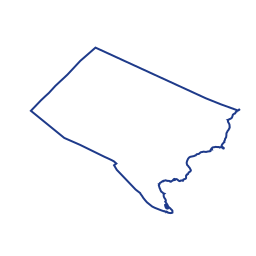 outline of Anoamaa West, Atua, Samoa, rotated 114°
{"feature_id": "51752279B84005486161321", "entity_name": "Anoamaa West", "entity_type": "district", "adm_level": 2, "iso_a3": "WSM", "parent_name": "Samoa", "parent_adm1": "Atua", "projection": "equal_earth", "projection_center": [-171.642, -13.913], "detail": "fine", "context": "isolated", "style": "outline", "palette": "blue", "viewbox_px": 256, "rotation_deg": 114, "n_neighbors": 0, "source": "geoboundaries", "source_scale": "gbopen_adm2", "svg_char_len": 2930}
<svg xmlns="http://www.w3.org/2000/svg" viewBox="0 0 256 256"><g transform="rotate(114 128 128)"><path d="M67.8,190.4L86.1,198.9L103.8,205.0L119.1,211.5L128.1,214.5L132.7,216.5L138.2,218.8L151.8,223.7L163.0,182.2L162.9,164.9L163.9,137.5L163.9,134.5L164.0,130.0L164.2,127.3L165.2,124.2L167.7,125.6L170.8,121.2L173.2,115.3L181.1,96.1L181.6,94.2L182.5,90.4L183.0,89.9L184.5,87.3L185.6,85.7L187.1,82.8L188.2,80.4L189.2,76.6L189.9,73.9L190.0,70.9L189.7,63.9L189.4,61.0L189.2,60.9L189.2,59.8L188.9,59.3L189.3,58.9L188.7,58.5L188.8,57.5L189.1,57.0L188.8,55.9L188.5,54.7L188.0,53.8L187.3,53.0L186.8,53.1L186.0,53.6L185.5,53.8L185.1,54.5L184.5,56.2L184.2,56.7L183.9,58.2L183.5,58.9L183.2,59.8L183.2,60.2L183.7,60.3L184.0,59.9L184.4,59.0L184.6,58.7L185.3,58.8L185.6,59.2L185.7,60.2L185.3,61.1L183.9,62.4L183.2,62.8L182.9,62.5L183.5,61.4L182.8,60.0L182.1,60.8L181.1,62.3L180.8,63.0L180.1,64.0L179.4,63.7L179.1,63.8L178.3,64.4L177.8,65.0L177.0,66.4L176.3,67.2L175.7,67.7L174.0,68.5L173.2,68.1L173.3,69.2L172.9,70.1L172.6,71.8L171.4,73.2L170.6,73.9L170.0,74.7L169.5,75.1L167.9,76.5L166.8,76.4L166.6,76.9L166.2,76.6L165.1,76.4L164.3,75.8L162.7,74.9L162.1,74.4L162.3,74.1L161.9,73.8L161.7,73.9L161.0,72.9L160.6,72.6L160.5,72.0L160.3,71.2L160.4,70.7L160.1,70.2L159.6,68.8L159.5,68.0L159.8,67.8L159.7,67.1L159.4,67.1L158.4,66.2L157.9,65.9L157.5,65.6L156.3,63.9L156.0,63.8L155.8,64.3L156.5,65.0L156.4,65.4L155.9,65.2L155.6,64.8L155.7,63.7L155.1,63.3L155.0,62.8L155.0,61.9L155.4,60.8L155.6,59.6L155.3,58.9L154.7,58.6L154.2,58.0L154.0,56.7L153.8,56.3L153.3,56.3L152.7,56.5L152.5,56.4L151.9,55.8L151.2,55.0L150.8,54.7L150.2,54.6L149.6,54.8L148.8,55.2L147.7,55.6L147.1,55.2L146.5,55.3L146.2,54.9L145.5,54.4L144.9,54.5L144.0,54.5L143.1,53.9L142.3,53.4L141.4,53.3L141.0,53.4L139.4,55.4L139.1,55.9L138.9,56.6L138.3,57.4L138.0,58.2L137.8,58.8L136.7,59.8L135.8,60.3L134.2,60.6L131.8,60.6L130.9,60.4L130.0,60.1L129.0,59.4L126.8,56.3L126.0,55.7L125.5,55.0L124.1,54.6L123.0,53.0L122.6,52.6L121.2,52.0L120.4,51.5L119.6,50.2L119.0,49.6L118.1,46.9L117.3,45.9L116.8,45.2L115.9,43.6L115.5,43.3L115.1,43.6L114.3,43.6L114.1,43.3L113.8,43.5L113.1,43.4L113.1,42.8L112.7,43.1L112.4,43.0L111.7,43.0L111.1,42.5L110.4,41.3L109.6,40.3L109.1,38.7L108.6,37.7L108.4,36.9L108.6,36.5L107.7,35.3L107.4,34.5L107.7,33.9L107.7,33.3L108.0,32.6L107.8,32.3L107.4,32.3L107.1,33.2L106.7,34.8L106.4,35.2L106.0,35.3L104.7,35.3L102.9,34.8L101.6,34.2L101.0,34.7L99.5,34.6L98.4,34.9L97.3,34.7L96.5,34.6L96.3,34.7L94.8,35.1L93.4,35.7L92.7,35.9L92.2,35.9L91.5,35.8L90.2,35.8L88.9,35.4L87.8,35.4L87.3,35.2L86.5,35.4L85.8,35.4L85.5,35.7L84.1,36.4L83.5,36.8L82.7,37.7L81.8,39.0L81.1,39.5L80.1,39.6L80.0,40.1L79.4,39.5L78.3,38.6L77.9,38.1L76.4,37.3L75.9,37.3L74.5,37.4L73.2,37.6L71.8,36.8L71.3,36.2L70.9,36.0L70.2,36.1L69.5,36.0L68.9,35.5L68.5,35.7L68.2,35.5L66.9,34.2L66.1,33.8L66.0,34.0L66.7,34.3L67.3,34.9L68.6,52.8L69.2,69.1L67.8,190.4Z" fill="none" stroke="#1e3a8a" stroke-width="2"/></g></svg>